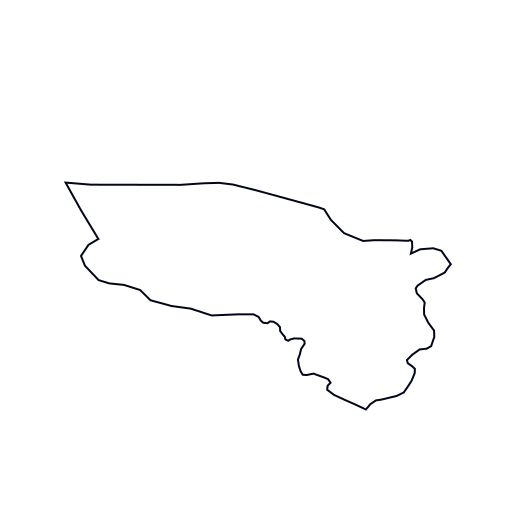 Al Firdous, Eastern Darfur, Sudan (Natural Earth projection), rotated 124°
{"feature_id": "16777658B1174782743239", "entity_name": "Al Firdous", "entity_type": "district", "adm_level": 2, "iso_a3": "SDN", "parent_name": "Sudan", "parent_adm1": "Eastern Darfur", "projection": "natural_earth1", "projection_center": [25.904, 10.88], "detail": "fine", "context": "isolated", "style": "outline", "palette": "ink", "viewbox_px": 512, "rotation_deg": 124, "n_neighbors": 0, "source": "geoboundaries", "source_scale": "gbopen_adm2", "svg_char_len": 1875}
<svg xmlns="http://www.w3.org/2000/svg" viewBox="0 0 512 512"><g transform="rotate(124 256 256)"><path d="M321.8,79.1L317.8,78.6L314.9,78.4L308.6,75.8L305.0,71.8L293.3,61.1L286.5,57.2L280.4,57.1L272.8,57.2L264.4,58.9L260.7,61.2L260.1,65.1L260.0,70.3L257.8,72.7L250.3,71.2L242.0,68.1L237.3,62.6L232.8,60.4L223.5,62.9L218.3,66.6L215.0,75.8L210.5,83.9L205.2,87.6L200.3,90.1L198.8,93.5L197.0,101.8L193.5,105.5L190.3,105.5L180.9,101.9L175.0,96.2L164.3,90.3L158.4,90.3L153.9,89.9L148.0,105.3L150.5,113.4L158.6,123.6L167.4,128.9L161.6,131.2L156.8,134.7L156.7,135.5L156.4,137.1L158.1,138.1L158.2,138.3L159.1,139.7L159.8,140.7L164.3,148.0L167.5,152.9L167.6,153.0L168.8,154.9L177.0,167.1L181.5,172.9L183.1,174.9L183.6,175.5L184.3,178.8L185.8,186.0L187.5,194.1L187.8,195.7L187.5,197.5L185.4,208.0L185.2,209.0L184.7,211.4L184.5,212.5L184.2,214.0L180.6,222.4L180.1,223.4L179.2,225.6L180.5,230.6L201.6,293.0L207.4,308.9L209.6,315.0L216.0,327.5L224.8,339.8L239.1,358.2L289.1,432.6L301.6,454.9L306.5,445.3L316.4,425.7L323.0,411.4L329.9,396.5L330.0,396.2L340.4,401.1L353.0,401.1L353.8,401.1L359.7,392.4L364.0,373.0L360.8,362.4L353.8,349.3L352.0,343.3L349.0,333.0L351.7,318.7L346.2,302.6L344.7,298.0L344.4,297.5L336.1,280.6L335.3,277.7L333.4,271.2L332.1,266.5L330.0,259.3L328.6,257.5L314.8,238.8L308.7,229.8L305.8,225.5L305.6,224.2L305.2,220.7L305.0,219.8L306.5,216.7L306.8,216.2L307.3,212.7L305.3,208.9L302.4,207.8L300.7,204.7L300.5,200.5L301.6,196.3L304.6,194.1L305.8,190.9L306.9,186.9L308.7,185.0L308.7,184.8L308.3,181.9L306.4,181.2L303.0,178.3L299.0,171.9L299.4,168.3L301.6,166.6L307.1,166.6L307.9,166.6L313.2,164.6L318.4,163.3L322.8,159.3L323.3,158.8L326.7,154.4L328.3,150.8L326.4,147.5L321.4,142.6L318.6,131.5L317.8,127.3L319.4,123.3L322.9,124.0L323.1,123.9L323.7,124.0L327.1,122.2L327.5,113.4L325.6,101.8L323.7,91.2L321.8,79.1Z" fill="none" stroke="#020617" stroke-width="2"/></g></svg>